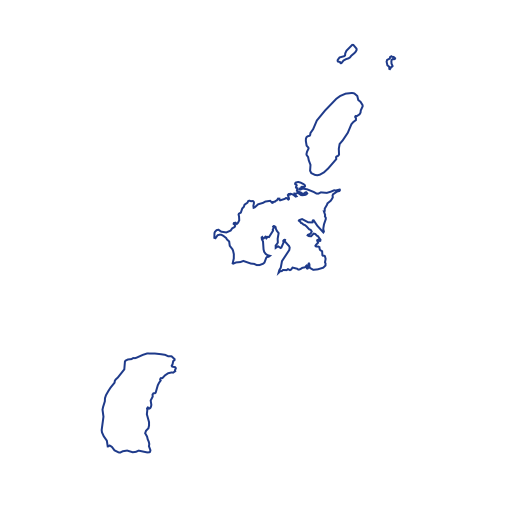 Ibo, Mozambique (Robinson projection), rotated 219°
{"feature_id": "85939544B72266919853878", "entity_name": "Ibo", "entity_type": "district", "adm_level": 2, "iso_a3": "MOZ", "parent_name": "Mozambique", "parent_adm1": "", "projection": "robinson", "projection_center": [40.592, -12.339], "detail": "fine", "context": "isolated", "style": "outline", "palette": "blue", "viewbox_px": 512, "rotation_deg": 219, "n_neighbors": 0, "source": "geoboundaries", "source_scale": "gbopen_adm2", "svg_char_len": 6100}
<svg xmlns="http://www.w3.org/2000/svg" viewBox="0 0 512 512"><g transform="rotate(219 256 256)"><path d="M289.1,250.6L286.0,250.4L282.8,247.4L278.5,246.4L277.2,245.7L274.4,243.5L271.7,240.1L269.5,235.6L268.9,235.7L267.4,238.5L264.3,241.5L262.7,244.2L255.2,246.9L252.5,248.7L249.7,249.4L247.6,251.1L245.6,254.5L245.3,256.2L246.9,261.0L246.9,262.0L245.7,263.4L245.3,264.9L247.6,263.9L249.8,263.7L252.3,264.4L254.3,265.9L259.7,271.7L262.0,272.7L263.3,274.0L263.1,274.7L261.8,274.1L261.1,274.3L260.8,277.1L260.2,277.3L259.8,276.4L259.1,276.2L259.0,278.2L257.8,278.9L258.7,286.4L259.5,286.9L260.0,289.1L261.2,289.6L261.1,290.4L260.4,290.8L259.0,290.8L257.6,289.6L255.7,288.7L252.8,288.0L250.0,283.0L247.6,280.3L247.3,279.2L247.3,276.5L245.8,274.7L245.0,277.4L241.9,277.7L241.6,278.5L243.1,283.9L244.3,284.8L244.4,285.8L243.9,286.7L243.5,286.8L242.9,285.5L236.5,284.5L235.1,283.7L233.9,281.6L232.6,268.4L229.4,262.5L229.0,259.7L227.9,257.2L227.6,259.5L226.5,260.4L226.2,262.1L223.3,264.3L222.9,265.9L220.7,266.4L220.2,267.5L220.3,270.0L216.0,272.0L214.8,272.0L214.1,272.4L213.2,273.9L212.6,275.9L211.1,277.7L210.4,279.1L210.8,279.8L210.6,280.7L210.0,280.7L209.4,279.9L209.3,279.0L208.7,278.4L208.0,278.7L208.0,279.6L210.3,283.2L210.2,283.5L209.3,283.2L207.6,281.2L206.4,280.7L202.8,281.3L199.6,284.5L196.4,289.2L196.0,292.3L197.2,293.9L198.4,294.5L200.1,297.6L202.3,299.2L203.0,299.2L204.2,298.3L204.9,298.4L207.6,301.3L209.8,301.0L211.1,301.6L212.3,302.8L213.4,302.6L215.1,301.3L215.8,301.1L216.3,301.4L216.4,302.8L216.1,305.4L218.2,306.5L218.4,307.0L217.9,307.9L216.1,307.7L215.6,308.2L216.1,309.2L220.4,310.4L221.3,310.1L223.8,310.4L225.3,309.7L225.6,306.0L227.5,304.7L228.9,304.5L229.0,305.1L227.9,307.1L227.7,308.4L228.1,310.1L230.0,310.7L231.4,310.2L235.4,310.8L237.6,310.8L238.8,310.3L240.9,310.4L241.7,310.0L242.9,310.4L244.9,310.4L245.0,311.1L243.4,313.7L236.7,315.0L233.5,317.4L233.2,317.8L233.5,318.4L234.1,319.0L234.1,319.7L233.6,320.0L227.5,318.1L218.5,316.7L218.6,317.7L220.6,319.2L221.4,320.4L223.1,323.4L225.0,328.6L225.8,329.6L227.4,330.2L228.1,331.4L231.1,333.3L230.7,333.5L231.0,334.3L232.4,336.1L233.1,340.7L233.6,341.8L232.7,346.0L233.0,348.9L233.3,350.0L234.5,351.1L235.0,352.4L233.5,357.2L232.1,359.0L232.3,360.1L232.8,360.3L235.3,357.0L236.6,356.3L238.3,353.1L240.7,349.6L245.6,346.3L246.8,343.7L248.3,342.6L251.4,342.1L258.2,340.0L262.0,337.9L263.5,335.3L264.1,335.0L264.4,336.0L263.5,337.4L264.1,338.1L263.8,338.8L262.3,339.6L261.8,340.3L261.8,341.1L262.5,341.7L264.2,341.8L267.5,341.1L269.8,340.1L271.3,338.1L271.3,337.1L270.7,336.5L269.5,336.8L268.8,336.5L268.3,334.6L267.9,334.3L266.4,334.7L265.3,332.4L264.0,332.4L261.3,333.5L259.0,333.7L258.2,334.2L257.6,336.6L257.0,337.2L255.6,336.9L255.6,335.7L256.2,334.5L258.0,332.6L259.3,331.7L262.9,331.5L263.5,331.1L264.2,329.4L265.5,328.7L265.1,327.9L264.3,328.2L262.1,327.9L262.6,327.1L265.6,327.1L267.1,326.6L268.4,326.0L268.3,325.0L269.2,325.1L269.6,324.7L269.6,323.4L266.7,321.6L266.2,320.8L266.4,320.2L268.6,320.3L269.2,319.9L269.6,318.5L272.3,314.4L273.0,314.4L273.9,315.3L275.0,314.5L274.8,312.4L275.5,310.9L275.5,310.0L276.9,308.6L276.5,307.9L276.8,307.5L279.7,307.8L283.0,304.2L284.0,301.7L286.9,297.5L287.6,293.0L288.2,292.0L289.6,293.3L291.0,296.0L291.9,296.7L292.8,296.8L293.6,296.3L294.2,295.5L296.0,294.8L296.6,293.8L296.2,292.0L297.2,288.7L296.4,286.5L296.6,284.3L295.1,280.2L295.9,278.1L295.6,277.2L294.1,276.1L291.5,273.2L290.9,270.5L291.1,268.8L292.9,269.0L293.9,267.7L293.6,266.9L292.0,266.9L291.1,266.1L290.9,265.0L291.9,262.5L291.7,259.8L293.9,255.6L298.4,253.0L301.7,252.8L302.9,251.3L303.1,248.9L302.7,247.7L299.8,243.9L298.7,244.3L298.9,248.0L297.6,249.8L296.3,250.7L294.2,251.1L290.5,251.2L289.1,250.6ZM255.7,18.6L251.4,14.7L250.8,15.3L250.6,16.5L249.7,16.8L247.6,16.9L243.7,15.9L239.2,16.9L237.9,17.7L236.6,20.5L233.7,23.7L228.3,25.9L226.1,28.2L224.7,30.9L216.9,34.9L215.4,36.3L215.1,37.1L215.8,38.6L219.5,40.8L220.6,42.7L222.5,44.2L224.8,45.4L227.0,47.1L230.6,48.5L231.5,51.0L231.2,54.4L232.4,56.9L234.6,59.6L241.2,64.3L243.6,68.0L244.7,68.9L244.8,70.2L244.2,70.4L243.4,69.8L242.8,70.3L242.5,71.4L242.8,72.8L243.6,74.4L246.9,77.4L247.8,81.7L249.2,83.2L249.3,84.7L248.1,85.9L248.0,86.7L251.0,93.8L251.6,96.7L251.7,99.2L252.7,99.6L253.1,100.6L253.1,101.2L251.9,102.2L251.6,106.0L250.5,109.6L248.3,112.4L247.0,113.2L246.3,115.7L247.1,116.2L247.6,118.2L248.2,118.6L248.9,118.7L251.5,117.3L252.4,117.6L252.8,119.5L254.2,122.2L253.8,123.8L254.3,124.6L258.5,124.9L261.2,122.8L264.4,122.0L268.0,119.9L273.0,116.7L279.3,111.7L281.7,108.0L284.9,101.7L285.7,100.5L287.2,99.4L287.9,97.5L290.4,95.0L291.5,92.7L291.5,91.6L287.0,85.0L286.9,74.6L287.3,71.9L287.2,70.3L286.2,68.5L286.2,62.3L285.8,58.4L285.0,53.5L283.9,50.5L282.0,47.9L279.9,42.6L278.6,40.0L273.4,35.1L266.4,23.6L264.7,22.0L260.9,20.1L255.7,18.6ZM288.5,438.6L291.3,433.3L292.5,428.8L293.9,412.7L294.0,399.6L291.4,390.5L291.1,385.9L290.1,384.2L290.0,383.2L291.2,381.5L291.5,380.2L291.1,378.7L289.7,376.8L286.1,373.6L283.5,373.2L282.8,372.6L282.0,369.2L280.9,366.9L280.1,366.3L277.8,365.7L275.1,363.5L271.0,361.1L267.6,356.3L265.2,355.2L261.3,356.1L259.2,357.3L257.6,359.3L255.8,363.8L255.0,369.7L254.6,381.8L256.0,383.2L256.0,384.2L255.4,385.0L255.2,386.3L255.4,387.2L259.1,391.4L261.5,395.7L261.4,400.6L262.2,409.5L264.8,418.5L264.7,421.3L263.9,424.5L265.0,426.0L266.2,426.3L266.7,426.9L266.6,427.6L265.7,428.1L264.7,431.2L265.0,433.2L266.2,435.1L267.3,439.4L268.1,440.3L271.8,441.6L274.7,441.6L278.0,444.1L281.8,444.2L282.8,443.8L284.1,443.0L288.5,438.6ZM315.4,459.0L314.6,458.7L312.9,459.6L311.6,459.1L311.0,459.6L311.0,463.0L309.9,465.7L308.5,467.8L307.9,469.6L308.0,471.5L307.2,475.7L307.1,477.6L307.5,479.5L308.4,480.4L313.2,481.3L314.1,480.6L314.9,472.5L314.2,469.7L313.0,467.9L313.2,466.8L316.0,462.9L315.9,459.9L315.4,459.0ZM271.6,486.9L270.1,485.3L269.5,485.5L269.8,488.1L269.4,488.7L269.4,489.6L271.8,490.8L273.4,492.6L274.0,493.9L273.7,495.1L272.6,495.7L272.1,496.6L272.3,497.2L274.3,497.3L275.4,496.5L276.5,496.4L277.0,495.0L276.3,493.6L277.5,490.9L276.8,489.2L273.9,486.9L271.6,486.9Z" fill="none" stroke="#1e3a8a" stroke-width="2"/></g></svg>